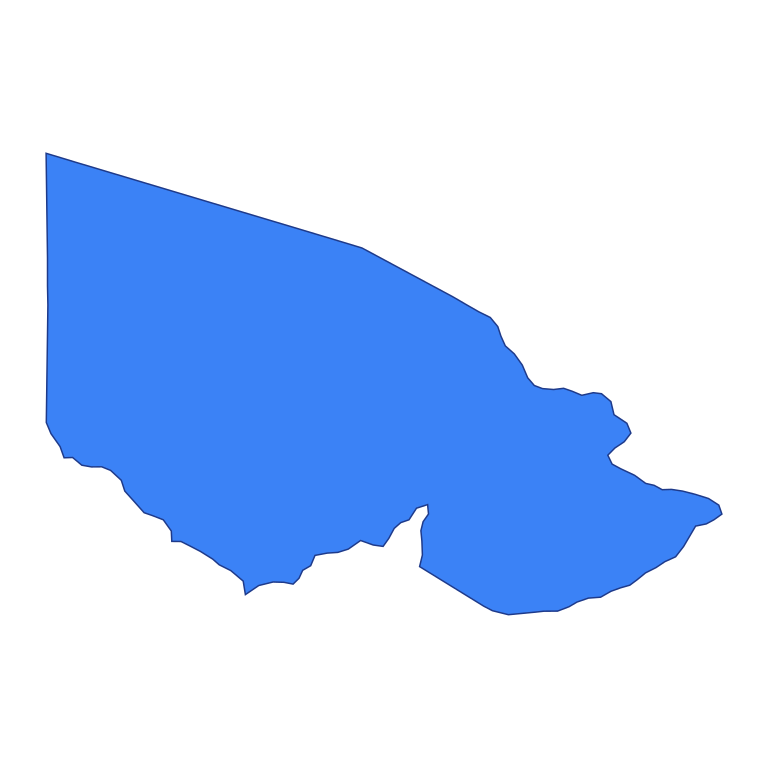 Riacho dos Cavalos, Paraíba, Brazil
{"feature_id": "56859067B6406172086981", "entity_name": "Riacho dos Cavalos", "entity_type": "district", "adm_level": 2, "iso_a3": "BRA", "parent_name": "Brazil", "parent_adm1": "Paraíba", "projection": "albers", "projection_center": [-37.603, -6.47], "detail": "fine", "context": "isolated", "style": "filled", "palette": "blue", "viewbox_px": 768, "rotation_deg": 0, "n_neighbors": 0, "source": "geoboundaries", "source_scale": "gbopen_adm2", "svg_char_len": 1547}
<svg xmlns="http://www.w3.org/2000/svg" viewBox="0 0 768 768"><path d="M46.3,422.5L51.0,433.7L60.1,446.6L64.1,457.8L72.6,457.5L81.8,465.2L91.4,466.9L101.7,466.8L110.6,470.4L121.3,480.3L124.8,491.1L134.6,502.0L144.1,512.7L152.2,515.5L163.3,519.8L171.3,531.0L171.8,541.4L181.0,541.5L189.2,545.6L200.4,551.4L212.7,559.1L219.2,564.8L230.8,570.6L243.2,581.1L245.4,594.6L258.8,585.5L273.1,582.0L283.9,582.3L293.1,584.1L299.0,578.3L302.7,570.3L310.7,565.7L315.0,555.4L327.2,553.1L337.8,552.4L348.3,549.1L360.6,540.5L373.2,545.0L383.1,546.4L388.8,538.4L394.2,528.4L400.8,522.6L409.0,519.8L416.5,508.2L427.6,504.6L428.5,514.0L423.1,521.7L420.9,530.7L421.9,541.0L422.4,555.0L419.6,566.6L483.8,606.2L492.4,610.7L508.4,614.7L526.3,613.0L535.7,612.1L543.9,611.2L557.6,611.1L569.1,606.7L576.9,602.1L588.4,598.1L600.6,597.2L610.9,591.3L620.6,587.8L629.8,585.2L637.2,579.7L645.5,572.9L656.0,567.6L664.8,561.7L675.6,556.8L683.6,546.5L695.6,526.1L706.3,523.9L713.9,519.8L721.9,514.1L718.8,505.1L708.5,498.5L695.1,494.3L682.6,491.1L671.5,489.4L662.2,489.7L654.1,485.3L645.7,483.4L634.6,475.3L620.6,468.7L612.1,464.1L607.8,455.2L614.9,448.0L624.3,441.7L630.9,433.1L626.9,423.3L614.0,414.7L610.9,401.6L601.5,393.7L593.3,392.7L581.8,395.3L572.3,391.3L563.6,388.3L553.6,389.5L542.5,388.6L534.3,385.5L527.7,377.8L522.3,365.1L514.3,353.9L505.3,345.9L500.9,336.1L497.8,326.6L490.3,317.5L478.6,311.7L465.2,304.0L453.2,297.0L362.0,248.0L317.3,234.5L74.8,162.0L46.1,153.3L47.5,258.0L47.5,285.8L47.9,305.1L46.3,422.5Z" fill="#3b82f6" stroke="#1e3a8a" stroke-width="1.5"/></svg>